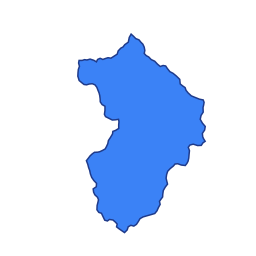 outline of Rio Manso, Minas Gerais, Brazil, rotated 321°
{"feature_id": "56859067B17161327719400", "entity_name": "Rio Manso", "entity_type": "district", "adm_level": 2, "iso_a3": "BRA", "parent_name": "Brazil", "parent_adm1": "Minas Gerais", "projection": "mercator", "projection_center": [-44.348, -20.255], "detail": "fine", "context": "isolated", "style": "filled", "palette": "blue", "viewbox_px": 256, "rotation_deg": 321, "n_neighbors": 0, "source": "geoboundaries", "source_scale": "gbopen_adm2", "svg_char_len": 2260}
<svg xmlns="http://www.w3.org/2000/svg" viewBox="0 0 256 256"><g transform="rotate(321 128 128)"><path d="M198.8,122.8L198.3,118.1L197.4,113.8L196.0,110.6L196.0,106.7L196.3,103.5L194.6,101.5L191.8,100.5L191.1,97.0L190.8,92.9L189.1,89.4L188.8,85.8L187.7,83.2L187.5,80.3L189.9,78.3L191.5,75.3L192.3,72.2L192.0,69.5L192.0,66.4L190.3,63.4L190.0,60.1L189.5,57.0L186.0,58.4L182.2,61.5L178.0,61.2L175.1,61.9L172.6,61.4L168.9,61.9L166.1,63.8L163.2,63.5L158.7,63.0L156.7,60.8L154.0,59.7L151.6,58.9L150.2,56.3L147.5,55.6L145.1,56.7L144.0,53.8L141.9,50.6L138.9,49.3L137.2,47.5L135.0,46.7L132.5,44.7L130.5,46.4L129.1,49.5L126.3,51.2L124.1,53.4L121.6,56.2L119.9,60.4L120.6,63.8L121.2,66.5L123.0,68.4L125.5,69.4L128.1,71.1L129.5,73.7L129.4,76.8L128.5,79.5L127.6,82.5L126.4,85.1L124.7,87.8L122.9,90.2L122.6,93.5L123.8,96.6L121.1,99.9L118.3,102.5L117.7,105.0L118.9,107.7L120.8,111.9L123.5,113.8L126.1,115.3L124.9,117.5L122.8,119.6L120.5,122.5L116.7,122.0L114.1,121.1L112.2,122.9L108.4,124.3L104.9,125.4L102.4,127.5L99.3,129.0L97.1,129.9L94.1,129.4L91.0,128.6L88.9,127.5L86.7,125.8L83.9,125.6L81.0,125.8L78.3,126.5L75.1,127.2L73.9,130.9L72.5,133.9L71.5,136.9L69.9,140.0L68.7,143.5L68.4,147.3L68.7,151.2L66.4,153.7L62.6,153.4L60.9,156.2L60.2,159.0L60.7,162.7L59.9,165.2L57.9,166.8L55.2,168.8L52.4,172.0L52.2,175.2L53.7,177.6L52.9,180.8L51.9,185.0L53.5,187.3L56.0,187.4L58.4,190.0L59.0,193.4L59.1,195.9L56.9,197.6L57.5,200.3L58.5,203.8L59.5,207.1L63.2,206.7L66.0,204.9L69.0,205.4L70.8,207.9L73.9,208.2L77.1,207.2L80.3,206.0L83.8,206.6L87.6,208.2L91.1,209.7L95.0,211.3L98.4,210.6L101.5,209.0L104.9,207.6L106.3,204.8L108.8,204.1L111.5,203.4L113.2,201.5L116.1,198.8L119.7,197.4L123.4,196.5L124.7,193.7L126.0,191.0L128.7,188.5L131.6,186.6L135.3,186.1L139.3,186.1L141.9,185.6L144.2,187.1L146.1,190.3L148.9,193.2L151.5,192.6L153.8,191.6L156.3,189.6L158.9,186.9L161.5,184.3L162.7,180.9L165.4,180.2L168.5,181.6L171.1,185.5L174.0,187.6L176.9,186.7L179.6,186.9L179.9,184.3L180.5,181.9L182.4,179.0L186.3,177.8L189.0,175.4L188.9,171.0L189.6,166.7L192.7,164.2L196.4,163.0L199.2,159.3L201.3,157.7L203.3,155.9L204.1,153.5L201.7,150.6L199.4,146.5L197.4,142.8L196.8,138.5L196.8,135.3L197.8,132.5L196.9,129.5L196.3,126.6L198.8,122.8Z" fill="#3b82f6" stroke="#1e3a8a" stroke-width="1.5"/></g></svg>